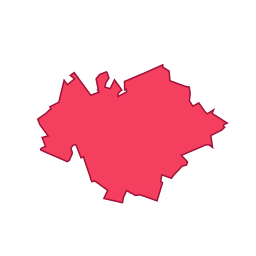 the district of Imuris, Sonora, Mexico, rotated 145°
{"feature_id": "50627088B72229722954939", "entity_name": "Imuris", "entity_type": "district", "adm_level": 2, "iso_a3": "MEX", "parent_name": "Mexico", "parent_adm1": "Sonora", "projection": "mercator", "projection_center": [-110.696, 30.837], "detail": "fine", "context": "isolated", "style": "filled", "palette": "rose", "viewbox_px": 256, "rotation_deg": 145, "n_neighbors": 0, "source": "geoboundaries", "source_scale": "gbopen_adm2", "svg_char_len": 2255}
<svg xmlns="http://www.w3.org/2000/svg" viewBox="0 0 256 256"><g transform="rotate(145 128 128)"><path d="M43.9,75.1L46.1,80.5L50.8,91.7L47.5,93.8L52.1,94.0L52.3,94.0L54.9,94.2L55.6,97.3L55.6,107.9L62.4,108.8L62.1,115.1L57.4,120.4L56.8,121.5L54.3,126.4L57.1,129.1L66.5,142.6L61.7,151.1L64.6,157.9L63.3,159.8L82.3,163.5L84.0,163.8L84.3,163.8L84.9,164.0L85.5,164.2L95.8,166.4L96.0,166.4L97.8,166.8L98.0,166.8L98.8,167.0L100.4,167.3L100.7,167.4L104.2,168.2L108.9,161.1L107.3,160.7L108.4,158.3L113.6,159.0L118.0,159.5L116.6,161.8L112.4,162.7L111.3,162.6L111.4,175.2L120.1,170.5L123.5,174.8L120.3,177.7L115.0,179.8L113.4,185.2L113.5,186.4L120.5,188.1L125.9,186.6L130.2,176.9L131.3,176.6L131.2,174.0L139.7,176.2L139.8,181.5L140.3,204.3L145.1,204.2L143.6,198.9L148.8,198.5L152.8,198.3L152.9,203.8L155.6,201.4L157.9,199.4L169.9,188.8L179.8,190.2L180.3,187.8L182.6,187.8L186.2,187.1L196.9,187.0L197.5,184.4L198.3,181.0L198.0,170.3L197.9,167.3L203.8,169.5L206.1,160.2L209.0,160.9L210.5,161.0L211.6,160.9L211.6,160.4L212.1,160.0L208.1,153.3L204.4,147.4L204.0,146.7L197.6,136.2L197.1,135.4L197.0,135.2L194.6,135.2L188.5,138.9L187.6,140.0L186.4,144.3L182.8,145.4L181.1,144.8L180.4,143.5L183.6,130.5L181.0,130.0L182.5,125.1L187.1,109.4L188.1,106.6L188.3,104.6L185.5,103.5L180.4,88.6L188.2,84.1L184.2,79.7L182.8,78.2L175.4,70.0L171.5,73.8L165.1,77.5L164.9,77.1L164.7,76.8L164.4,76.2L164.3,75.9L164.2,75.8L164.1,75.7L164.0,75.4L163.9,75.3L163.8,75.1L163.6,74.8L163.6,74.6L163.5,74.4L163.4,74.0L163.3,73.9L163.2,73.8L163.2,73.7L163.0,73.4L162.9,73.3L162.9,73.2L162.8,72.9L162.8,72.7L162.7,72.6L162.6,72.4L162.4,72.3L162.3,72.2L162.2,72.1L162.1,71.9L162.0,71.6L161.9,71.3L161.8,71.0L161.6,70.7L161.3,70.0L161.2,69.7L161.1,69.3L161.0,69.1L160.9,69.0L160.9,68.9L160.8,68.7L160.7,68.7L160.3,68.4L160.1,68.3L159.8,68.1L159.7,68.0L159.4,67.9L159.1,67.7L158.7,67.4L158.4,67.3L158.3,67.2L158.2,67.1L157.9,67.0L157.7,67.0L157.4,67.0L157.2,67.0L157.1,66.9L156.9,66.9L153.6,62.4L146.0,51.7L131.1,63.4L131.8,65.6L127.2,70.2L121.2,61.9L120.8,62.1L120.2,62.3L117.1,63.3L105.7,65.7L101.3,64.1L98.7,66.1L99.9,75.0L73.7,69.5L71.2,67.6L69.9,63.6L65.6,72.1L64.5,74.3L56.9,73.2L52.6,72.5L48.4,73.2L48.9,74.7L47.4,75.9L43.9,75.1Z" fill="#f43f5e" stroke="#9f1239" stroke-width="1.5"/></g></svg>